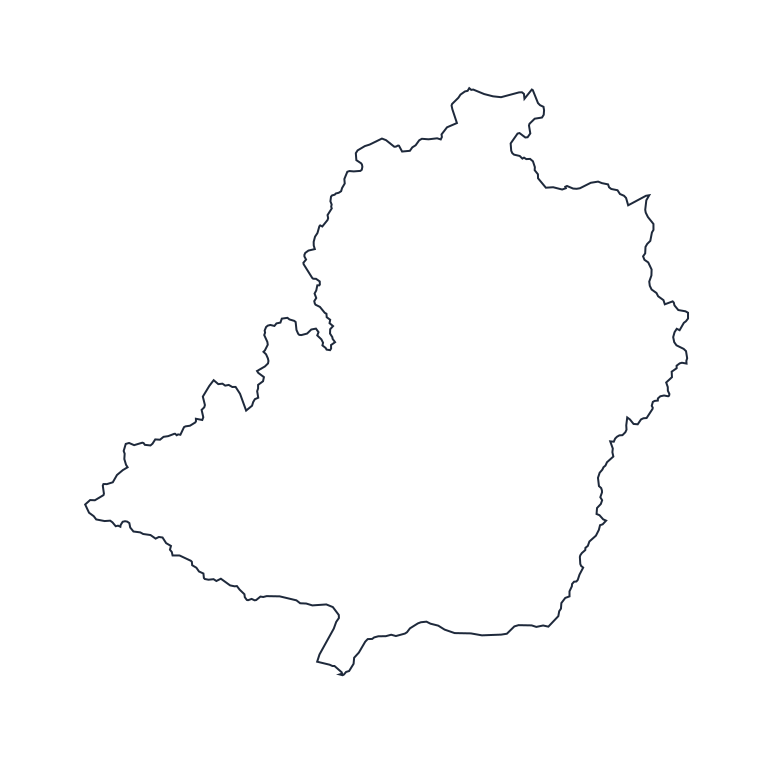 Loc Binh, Lạng Sơn, Vietnam, rotated 174°
{"feature_id": "81297802B22471082550929", "entity_name": "Loc Binh", "entity_type": "district", "adm_level": 2, "iso_a3": "VNM", "parent_name": "Vietnam", "parent_adm1": "Lạng Sơn", "projection": "mercator", "projection_center": [106.936, 21.677], "detail": "fine", "context": "isolated", "style": "outline", "palette": "slate", "viewbox_px": 768, "rotation_deg": 174, "n_neighbors": 0, "source": "geoboundaries", "source_scale": "gbopen_adm2", "svg_char_len": 6133}
<svg xmlns="http://www.w3.org/2000/svg" viewBox="0 0 768 768"><g transform="rotate(174 384 384)"><path d="M177.4,224.9L180.2,226.5L183.4,231.0L186.2,232.5L185.1,238.4L180.9,242.0L179.2,245.6L180.7,248.8L178.5,253.5L178.4,255.4L178.9,257.8L180.9,260.0L181.0,268.3L178.8,273.2L175.8,276.0L174.4,278.3L172.3,279.7L170.4,282.9L163.5,287.9L164.0,292.3L163.2,295.9L165.0,303.3L161.5,302.6L159.8,305.6L157.8,307.2L155.3,308.3L152.2,308.2L149.0,310.8L147.6,313.2L147.4,317.6L145.6,325.3L143.1,323.0L140.0,318.2L135.9,317.4L132.1,321.9L129.6,322.8L126.4,322.7L119.5,331.2L119.2,332.4L120.0,334.3L118.5,338.1L116.6,338.9L113.4,338.9L113.1,341.0L110.5,342.9L106.7,343.3L102.7,342.1L101.7,342.6L101.2,344.2L102.4,347.6L102.1,351.3L103.2,356.0L96.9,360.7L96.6,366.2L91.3,369.1L91.1,371.6L87.8,373.6L85.5,374.0L81.0,372.7L80.9,375.4L79.8,377.9L80.2,385.1L82.3,387.6L89.1,391.9L91.0,395.3L91.5,400.4L89.6,405.2L87.1,408.3L84.4,406.6L79.4,413.5L77.2,414.8L74.8,417.3L74.2,423.1L76.6,424.8L83.6,426.8L86.9,431.8L87.3,434.7L88.3,436.0L96.4,433.9L97.3,438.2L102.2,442.6L103.5,446.0L108.0,450.0L109.4,453.9L109.5,458.1L106.7,464.0L105.9,469.9L108.5,477.3L112.0,480.3L113.0,483.9L110.6,486.6L109.6,493.0L107.6,495.8L104.2,498.5L101.7,506.7L99.9,509.1L99.3,515.0L104.1,522.5L105.8,527.1L106.0,530.0L103.9,539.3L100.5,544.0L103.8,543.8L122.5,536.2L123.8,543.7L125.6,546.1L129.5,548.3L131.5,552.3L137.6,554.2L139.6,556.1L140.3,559.1L146.3,561.0L149.9,562.9L157.3,562.5L168.7,558.2L172.0,558.0L175.5,558.6L181.3,561.8L183.1,561.2L182.7,559.7L186.5,558.8L195.2,562.0L202.5,562.3L209.3,572.5L209.0,576.5L211.8,580.9L211.3,583.9L212.6,589.9L215.2,592.6L219.0,592.8L221.1,594.5L222.8,593.7L225.2,596.6L230.7,598.5L232.3,600.2L233.1,602.7L232.9,610.0L225.0,619.1L223.0,619.4L217.7,614.4L215.4,614.4L212.3,617.9L212.8,625.9L212.1,627.6L206.4,632.1L199.0,632.5L197.0,635.1L196.2,639.5L196.4,643.0L199.7,645.0L201.5,647.3L205.3,660.7L206.2,661.4L214.5,653.0L214.5,657.9L216.3,659.7L219.2,659.9L237.6,657.0L245.5,658.7L254.1,661.9L264.5,667.5L266.5,667.4L268.3,669.3L270.2,666.8L272.9,666.5L277.7,663.8L280.1,660.9L287.0,655.4L287.7,653.9L287.3,650.1L284.2,635.9L294.5,632.7L300.7,626.2L300.6,623.6L302.0,621.3L305.5,622.8L314.1,622.7L320.7,623.9L323.5,622.7L327.6,618.1L331.1,616.4L333.9,613.2L341.7,613.3L344.2,619.4L345.1,619.7L347.4,618.8L349.0,618.9L356.5,626.3L360.4,628.3L373.3,623.6L378.2,622.6L385.8,619.1L387.9,616.5L388.1,609.5L383.7,605.9L383.0,604.6L382.8,602.3L383.7,599.4L385.2,598.4L391.9,598.6L396.1,599.4L398.3,598.9L402.0,592.0L402.1,587.5L405.2,583.3L406.5,580.2L409.1,578.9L412.0,578.5L413.3,577.4L415.9,577.0L417.1,575.9L418.2,571.3L417.3,568.0L418.0,565.8L417.6,564.1L422.5,557.9L422.2,554.8L423.0,553.0L428.9,547.1L430.9,548.4L431.8,547.6L434.4,541.1L437.2,537.7L439.1,532.7L439.4,529.1L438.7,525.4L445.2,524.6L448.6,522.6L449.7,520.7L449.8,519.1L448.5,515.9L451.5,513.0L451.4,511.5L444.3,497.0L443.4,496.1L440.6,495.7L437.2,492.7L437.4,489.7L438.0,488.9L440.0,489.1L441.6,484.1L443.6,481.2L442.4,476.6L444.7,473.7L444.4,471.3L443.8,470.0L439.7,467.4L435.5,461.0L433.9,459.9L434.0,456.4L430.8,453.5L431.8,450.2L428.6,446.9L431.8,444.1L432.4,439.8L430.5,436.0L430.4,434.3L428.3,430.7L432.6,428.3L432.9,424.8L434.1,423.3L437.5,424.2L438.3,426.0L441.2,428.8L440.3,431.4L441.6,434.9L445.3,439.3L443.7,442.4L445.9,446.2L450.6,445.8L455.2,442.2L461.1,441.3L463.1,441.7L464.1,442.9L465.4,446.9L465.4,454.9L466.7,456.2L471.3,458.1L473.1,459.9L478.8,459.7L480.6,455.9L484.6,455.5L486.9,453.2L490.9,454.6L493.5,454.2L495.3,453.0L497.1,449.6L496.9,447.5L498.0,445.2L495.6,438.0L495.5,435.2L499.0,429.8L500.5,428.6L498.2,425.9L496.8,421.6L496.5,419.0L497.2,416.6L500.6,413.9L508.9,410.2L507.9,408.2L502.7,403.4L504.0,399.4L509.3,396.3L509.7,392.7L510.9,390.1L510.5,383.5L514.0,382.4L516.0,379.7L517.5,376.2L523.9,372.0L528.2,389.3L531.9,396.6L535.2,396.9L538.5,399.3L542.1,399.0L544.6,401.2L548.8,401.2L553.0,405.6L557.9,400.4L565.5,390.4L564.3,381.8L565.2,379.6L568.1,377.3L567.2,369.8L568.5,367.2L574.7,369.1L574.9,366.6L575.7,365.5L581.3,362.8L585.9,362.6L587.4,362.0L591.8,354.8L594.1,355.4L595.5,354.7L596.9,356.3L597.7,356.4L604.1,354.7L608.8,354.5L612.6,352.0L617.3,352.8L620.5,348.8L622.7,347.3L628.2,348.5L629.3,350.4L630.5,350.9L638.9,349.3L643.7,352.0L647.1,351.4L649.9,344.6L649.2,341.8L650.1,336.5L649.0,330.6L647.7,328.0L652.7,325.7L659.1,321.4L664.0,314.6L670.0,313.4L673.5,313.8L674.3,312.3L674.0,304.2L674.6,302.8L683.7,298.6L688.4,299.3L693.8,295.4L690.8,286.8L686.5,282.9L684.4,279.4L676.2,276.9L670.6,276.7L668.5,274.8L665.7,270.6L663.3,270.9L661.1,269.6L660.6,271.4L658.3,274.3L655.9,274.6L653.8,274.0L651.8,272.3L651.4,267.8L648.6,263.5L641.9,261.9L639.2,260.0L632.0,258.2L627.3,254.1L623.9,255.4L620.3,254.5L617.3,248.5L612.8,245.2L614.2,241.6L612.6,239.1L612.2,235.6L605.2,234.8L594.5,228.3L593.7,227.3L593.7,223.8L589.8,220.9L587.6,216.9L583.4,214.4L583.4,209.9L582.6,208.8L579.0,207.7L573.9,207.7L571.3,205.6L566.6,207.4L558.1,199.8L553.7,198.4L551.4,198.4L549.1,194.6L544.8,189.5L544.7,186.5L543.0,183.6L541.8,183.2L538.1,184.1L535.3,182.4L533.7,182.5L529.1,185.5L526.4,184.8L522.9,185.3L509.9,183.7L493.7,178.0L490.3,174.7L484.3,173.8L478.4,171.3L464.4,170.8L458.2,167.5L453.1,159.0L453.3,156.0L456.4,152.4L459.5,146.0L476.4,121.8L479.5,114.8L467.4,110.5L464.7,108.9L462.7,108.7L456.2,101.7L456.0,100.3L458.5,99.8L455.6,98.7L454.3,99.2L451.8,101.6L448.7,102.2L443.5,108.9L442.3,114.9L437.1,119.5L429.6,129.7L426.9,132.0L422.4,131.7L420.3,133.0L416.0,133.7L408.6,133.0L403.1,133.9L398.5,132.1L389.3,133.6L387.1,134.7L383.7,138.3L375.3,142.4L372.2,143.2L366.6,143.2L362.9,140.8L355.3,138.0L349.4,133.4L339.8,128.9L323.7,126.9L312.9,123.8L293.6,122.5L287.9,122.8L279.7,129.3L275.4,130.1L262.4,128.5L257.9,126.5L251.0,127.2L245.9,125.5L234.9,134.9L233.5,139.7L231.5,142.1L230.5,147.6L226.1,152.3L221.7,153.4L221.2,158.4L218.3,163.2L217.9,165.4L215.7,167.5L213.3,167.5L211.8,168.9L209.5,174.0L205.1,180.6L207.0,182.5L207.6,184.5L207.3,191.5L206.7,193.1L204.9,195.2L201.2,197.8L200.8,200.0L198.2,201.7L196.2,205.9L189.1,211.0L185.6,216.4L183.9,221.0L181.2,221.6L177.4,224.9Z" fill="none" stroke="#1e293b" stroke-width="2"/></g></svg>